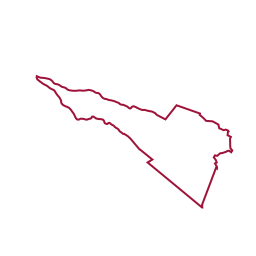 the district of Victoria, Choiseul, Saint Lucia, rotated 114°
{"feature_id": "8701671B14688938630280", "entity_name": "Victoria", "entity_type": "district", "adm_level": 2, "iso_a3": "LCA", "parent_name": "Saint Lucia", "parent_adm1": "Choiseul", "projection": "equal_earth", "projection_center": [-61.04, 13.808], "detail": "fine", "context": "isolated", "style": "outline", "palette": "rose", "viewbox_px": 256, "rotation_deg": 114, "n_neighbors": 0, "source": "geoboundaries", "source_scale": "gbopen_adm2", "svg_char_len": 5613}
<svg xmlns="http://www.w3.org/2000/svg" viewBox="0 0 256 256"><g transform="rotate(114 128 128)"><path d="M90.2,34.8L89.7,35.4L89.7,38.0L91.1,39.8L91.1,44.6L88.1,46.8L87.5,53.4L89.7,59.6L88.4,62.6L86.8,67.9L85.5,68.1L87.5,92.9L104.9,97.3L104.4,105.8L104.2,107.5L104.0,107.8L103.9,108.2L103.7,108.4L103.6,108.6L103.5,109.0L103.4,109.1L103.4,109.3L103.4,110.1L103.3,110.6L103.3,111.0L103.2,111.2L103.2,111.4L103.2,112.1L103.3,112.8L103.3,113.1L103.5,113.8L103.6,114.3L103.6,114.5L104.0,115.7L104.1,116.3L104.1,116.6L104.3,117.3L104.5,119.0L104.6,119.6L104.6,119.8L104.8,120.4L105.3,121.4L105.5,121.7L105.7,122.3L105.7,122.7L105.9,123.7L105.9,125.6L105.9,125.8L105.9,126.3L105.9,126.9L105.9,127.4L105.8,128.6L105.7,129.5L105.8,130.6L105.8,131.1L105.9,131.6L105.9,131.8L106.0,131.9L106.1,132.0L106.3,132.3L106.6,132.6L106.8,132.8L107.0,132.9L107.4,133.1L107.5,133.2L107.8,133.3L108.6,133.4L108.8,133.5L109.1,133.7L109.2,133.9L109.3,134.1L109.4,134.3L109.4,134.5L109.4,134.8L109.3,135.0L109.3,135.5L109.1,136.2L108.9,136.7L108.8,137.1L108.7,137.6L108.7,137.9L108.7,139.2L108.7,139.3L108.7,140.0L108.7,141.0L108.7,141.6L108.8,142.0L109.1,142.6L109.1,142.8L109.3,143.3L109.4,143.8L109.4,144.4L109.4,144.9L109.4,145.2L109.3,145.5L109.2,145.8L109.0,146.2L109.0,146.4L108.9,146.5L108.9,146.9L108.9,147.4L108.9,147.9L109.0,148.6L109.0,149.2L109.0,149.4L109.0,150.9L109.0,151.0L109.5,154.2L110.2,156.9L110.3,159.3L110.8,160.9L110.8,163.3L109.7,165.6L108.8,167.0L108.3,168.2L108.2,169.6L108.8,171.2L108.8,172.6L108.4,174.5L108.6,176.9L109.2,179.5L111.0,182.0L112.2,184.2L113.2,187.2L113.8,188.4L114.8,190.0L116.1,192.7L117.3,196.5L117.5,198.0L117.3,199.6L116.8,201.2L116.9,203.2L117.3,204.8L117.0,206.4L116.7,208.6L116.7,210.2L117.3,212.1L117.2,214.0L115.9,216.4L115.3,218.4L115.3,219.7L115.9,223.0L116.8,226.2L117.7,228.6L117.8,232.4L118.5,232.2L119.0,232.0L119.4,231.7L119.7,231.4L120.2,230.9L120.4,230.5L120.5,230.4L120.7,229.7L120.9,228.9L121.0,228.4L121.3,227.5L121.3,227.4L121.4,227.2L121.5,226.7L121.5,226.3L121.6,225.8L121.7,225.4L121.9,224.7L122.1,224.0L122.1,223.7L122.2,222.5L122.3,222.2L122.3,221.8L122.3,221.4L122.3,221.1L122.4,219.9L122.4,219.5L122.5,219.0L122.6,218.3L122.8,217.7L123.1,216.7L123.2,216.4L123.2,216.0L123.4,215.2L123.4,214.9L123.5,213.9L123.5,213.7L123.5,213.3L123.5,212.9L123.5,212.5L123.5,212.2L123.5,211.9L123.6,211.1L123.7,210.9L123.7,210.6L123.8,210.4L124.0,210.1L124.2,209.8L124.3,209.5L124.7,209.1L125.1,208.5L125.7,207.6L126.8,205.6L126.9,205.4L127.6,203.9L128.0,203.2L128.3,202.7L128.6,202.2L129.0,201.8L129.2,201.5L129.4,201.3L129.6,201.0L129.9,200.6L130.1,200.4L130.3,200.2L130.9,199.9L131.1,199.8L131.4,199.6L131.9,199.3L132.0,199.3L132.1,199.2L132.3,198.9L132.5,198.7L132.9,198.0L132.9,197.9L133.0,197.8L133.5,196.2L133.4,196.1L133.5,195.6L133.5,195.3L133.5,195.2L133.6,194.4L133.6,193.8L133.5,193.4L133.5,192.8L133.5,192.5L133.5,192.2L133.5,191.1L133.5,190.5L133.5,190.4L133.5,190.2L133.9,189.3L134.2,188.5L134.4,188.0L134.6,187.6L134.8,187.1L135.2,186.6L135.3,186.4L135.8,185.6L136.1,185.0L136.3,184.7L136.4,184.4L137.0,183.5L137.3,183.1L137.4,182.9L137.5,182.8L137.5,182.7L138.0,182.2L138.8,181.3L139.1,180.9L139.6,180.4L139.9,180.0L140.1,179.7L140.4,179.3L140.5,178.9L140.6,178.7L140.7,178.3L140.8,178.2L140.7,177.3L140.7,177.0L140.5,176.7L140.4,176.5L140.1,176.2L139.6,175.7L139.1,175.4L138.8,175.1L138.7,174.9L138.5,174.5L138.3,173.9L138.2,173.6L138.1,173.3L138.0,172.9L137.8,172.5L137.7,172.1L137.7,171.8L137.6,171.0L137.5,170.4L137.5,170.1L137.3,169.6L137.2,169.2L137.0,168.9L136.9,168.7L136.3,168.2L136.1,168.0L136.0,167.7L135.8,167.5L135.3,167.1L135.2,167.0L135.1,166.7L134.8,166.3L134.8,166.2L134.6,166.0L134.5,165.9L134.0,165.7L133.7,165.5L133.4,165.4L132.9,165.5L132.6,165.5L132.4,165.5L132.3,165.4L132.1,165.2L132.0,164.9L131.8,164.7L131.7,164.3L131.7,164.2L131.7,163.8L131.8,163.2L131.9,162.7L132.1,161.9L132.1,161.7L132.2,161.4L132.3,160.9L132.1,160.6L132.1,160.3L132.1,160.1L132.1,159.9L132.0,159.6L131.9,159.1L131.9,158.9L131.8,158.6L131.6,158.1L131.5,157.9L131.4,157.7L131.3,157.3L131.2,157.0L131.1,156.9L131.1,156.7L131.0,156.3L130.9,156.0L130.8,155.6L130.6,155.3L130.6,155.1L130.6,154.3L130.6,154.2L130.8,153.8L130.9,153.4L131.0,153.2L131.3,152.9L131.9,152.2L132.5,151.7L132.8,151.5L132.8,151.4L132.9,151.2L133.0,151.1L133.0,150.9L133.0,150.6L133.0,150.3L133.0,150.2L133.0,149.7L133.0,149.3L133.0,149.0L132.9,148.9L132.8,148.6L132.7,148.5L132.6,148.4L132.2,148.2L131.9,148.2L131.7,148.1L131.4,147.9L131.2,147.7L131.0,147.3L130.9,147.1L130.9,146.8L130.9,146.6L131.0,146.3L131.0,146.0L131.3,145.4L131.4,145.1L131.5,144.7L131.6,143.7L131.6,143.0L131.6,142.7L131.7,142.1L131.7,141.9L131.8,141.7L132.1,141.0L132.3,140.8L132.4,140.5L132.4,140.4L132.5,140.1L132.6,139.6L132.6,139.3L132.7,139.2L132.7,138.9L132.7,138.7L132.8,138.2L132.8,137.9L132.8,137.7L132.9,137.2L133.0,136.8L133.1,136.3L133.2,136.1L133.3,136.0L133.6,135.5L133.8,135.3L134.0,134.9L134.2,134.6L134.3,134.4L134.4,134.1L134.6,133.0L134.8,132.4L134.9,132.0L135.0,131.4L135.1,131.1L135.3,130.6L135.3,130.4L135.3,130.0L135.2,129.7L135.0,129.3L134.9,129.2L134.9,128.9L135.0,128.7L135.1,128.1L135.2,127.4L135.2,127.1L135.3,126.2L135.4,125.9L135.5,125.4L135.5,125.1L135.4,125.2L136.7,121.5L142.9,108.7L142.8,108.2L146.9,92.9L151.5,96.1L170.5,28.0L170.4,27.8L169.4,28.6L168.8,28.5L168.2,29.1L128.5,31.4L128.8,30.3L127.5,30.7L125.0,34.1L123.5,32.9L121.4,34.9L119.9,37.7L117.6,37.4L117.2,35.2L113.6,33.5L112.4,31.5L110.1,29.0L108.6,27.8L107.6,26.4L108.2,23.9L106.1,23.6L104.8,26.2L101.9,27.8L100.4,28.4L96.4,30.4L94.3,30.4L94.1,34.1L90.6,35.2L90.2,34.8Z" fill="none" stroke="#9f1239" stroke-width="2"/></g></svg>